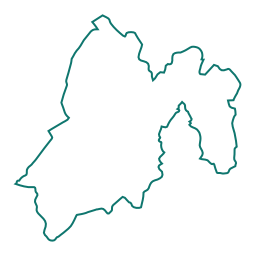 map outline of México (Albers equal-area conic projection)
{"feature_id": "MEX-2731", "entity_name": "México", "entity_type": "State", "adm_level": 1, "iso_a3": "MEX", "parent_name": "Mexico", "parent_adm1": "", "projection": "albers", "projection_center": [-99.447, 19.349], "detail": "fine", "context": "isolated", "style": "outline", "palette": "teal", "viewbox_px": 256, "rotation_deg": 0, "n_neighbors": 0, "source": "natural_earth", "source_scale": "10m", "svg_char_len": 5808}
<svg xmlns="http://www.w3.org/2000/svg" viewBox="0 0 256 256"><path d="M235.6,114.7L234.6,115.9L233.9,117.2L233.4,118.7L232.9,120.2L232.2,123.2L232.7,126.6L234.6,133.2L234.8,134.3L236.0,140.8L236.7,146.7L235.9,147.3L235.2,148.0L234.6,149.0L234.5,154.4L234.2,157.7L234.3,159.4L234.8,160.6L235.5,161.5L235.9,162.4L236.0,163.4L235.6,164.5L235.3,166.2L233.4,167.1L231.9,167.9L230.5,168.6L229.5,169.6L228.9,171.1L228.2,172.5L227.1,173.1L225.6,173.3L223.8,173.5L222.5,173.5L220.1,173.0L218.7,173.0L217.8,173.0L217.0,172.7L216.6,172.0L216.3,171.0L216.0,170.2L215.6,169.2L215.3,168.2L215.0,167.2L214.5,165.5L214.3,164.7L213.7,163.8L213.1,163.8L212.4,164.1L211.6,164.0L210.6,163.3L209.6,162.4L207.8,160.5L207.6,160.4L207.3,160.2L207.0,160.1L205.2,159.6L201.5,159.1L200.0,158.6L201.7,156.1L202.4,154.8L202.7,153.3L202.7,153.0L202.7,152.8L202.1,150.8L200.2,147.3L199.7,145.4L199.8,144.1L200.0,142.7L200.4,140.0L200.5,138.4L200.4,136.8L200.1,135.3L199.7,133.8L199.6,133.5L199.4,132.9L199.3,132.6L198.8,131.8L198.2,131.0L197.6,130.2L197.0,129.5L195.1,128.3L192.9,127.4L190.9,126.4L189.4,124.8L190.8,123.2L190.4,122.5L190.0,122.0L189.5,121.6L190.7,120.8L191.4,119.9L191.6,118.9L190.9,117.8L190.2,116.2L189.9,115.8L189.2,114.4L188.7,113.6L188.3,112.6L188.0,111.7L186.8,111.0L185.9,110.1L185.3,108.8L185.1,107.1L185.0,106.9L185.0,106.6L185.1,106.3L185.0,105.3L184.6,104.4L183.9,103.6L183.1,103.0L182.1,102.0L181.5,102.8L180.9,103.4L180.3,104.1L179.6,104.7L178.7,105.7L178.7,106.9L178.7,108.0L177.5,109.0L178.8,109.6L179.3,110.4L178.9,111.4L177.8,112.1L177.1,112.3L176.4,112.6L175.9,113.0L175.4,113.6L173.8,116.1L172.4,117.9L170.9,119.7L169.6,121.6L168.5,123.6L168.0,124.7L167.1,126.7L165.6,127.3L163.7,127.0L161.6,126.5L161.0,129.0L159.9,131.6L159.0,134.2L159.4,136.4L159.8,136.8L160.1,137.2L160.2,137.6L160.0,138.1L159.2,139.1L158.8,140.2L159.1,141.1L160.1,141.8L160.7,141.9L161.1,142.1L161.3,142.4L161.4,142.9L161.1,145.2L161.3,147.3L161.9,149.3L162.9,151.1L163.2,151.5L163.5,151.8L163.9,152.1L164.3,152.4L163.5,153.6L162.4,154.7L161.3,155.8L160.2,156.8L159.1,158.7L159.5,160.4L160.6,162.1L162.0,163.6L160.3,164.6L159.0,165.6L158.5,167.0L159.4,169.2L162.0,171.7L162.5,174.8L161.8,176.8L160.1,178.2L157.6,179.5L156.3,179.9L155.0,180.3L153.8,180.8L152.6,181.4L151.2,182.7L150.1,184.5L149.3,186.5L148.6,188.4L147.5,189.8L146.0,190.7L144.5,191.5L143.5,192.6L143.5,193.3L143.3,196.6L142.7,200.1L141.9,203.5L141.1,207.0L141.0,207.3L139.1,207.9L136.4,207.9L133.8,207.2L132.2,206.0L131.2,203.6L130.4,202.7L129.0,202.3L127.0,200.2L124.9,197.8L122.6,196.9L120.0,199.1L117.9,201.0L114.8,203.7L113.8,204.5L113.0,205.3L112.2,206.5L112.0,208.0L112.0,209.3L111.8,210.5L110.6,211.8L108.8,213.5L107.5,213.4L106.3,212.1L105.0,210.4L103.3,209.0L101.6,208.6L99.7,208.9L97.3,209.4L96.7,209.4L96.1,209.6L95.5,209.8L94.9,210.0L92.6,210.7L90.3,211.4L88.0,212.1L85.8,213.0L83.6,213.6L81.4,214.1L79.1,214.5L76.9,214.9L76.6,215.2L76.4,215.6L76.1,216.1L75.9,216.6L74.3,220.0L72.7,223.1L70.8,226.1L68.3,228.7L65.8,230.8L63.4,232.8L60.9,234.7L58.4,236.7L57.0,237.2L56.1,238.2L55.3,239.4L54.1,240.3L52.7,240.6L51.0,240.5L49.5,240.0L48.3,239.0L46.8,236.9L45.9,235.9L45.0,235.1L43.9,232.8L44.5,229.9L45.6,226.7L45.9,223.8L45.1,221.1L43.5,218.8L39.5,214.7L38.6,213.8L37.7,212.7L37.0,211.5L36.6,210.2L36.7,208.7L36.9,207.3L36.8,206.0L36.1,204.5L35.0,201.9L35.2,199.7L36.2,197.6L37.4,195.3L37.3,193.9L36.6,192.9L35.9,192.1L35.5,190.9L35.4,189.0L35.1,187.8L34.3,187.2L32.7,187.1L28.3,187.1L24.1,186.4L19.9,185.3L15.6,183.9L16.5,183.2L16.7,182.4L16.9,181.5L17.5,180.8L18.2,180.6L18.8,180.7L19.3,180.6L19.9,179.6L20.8,178.4L22.2,177.1L23.7,176.1L25.0,175.6L26.4,174.7L26.8,173.2L26.8,171.5L26.9,169.9L27.6,168.4L28.8,166.9L30.3,165.7L31.6,164.6L32.7,163.2L35.1,160.5L36.2,159.1L44.4,148.1L50.1,140.8L51.1,139.6L51.9,138.5L52.2,137.4L51.6,136.1L48.5,131.0L51.5,129.1L63.0,122.3L64.9,121.3L67.5,119.7L68.9,117.8L67.1,116.1L65.8,114.5L64.8,112.5L63.4,108.2L62.1,104.7L61.7,103.6L61.4,102.6L63.7,94.5L65.0,90.8L66.9,85.5L67.0,84.3L66.6,83.0L66.2,81.6L66.3,80.1L68.5,72.6L70.6,64.8L71.0,63.3L71.3,61.8L71.7,58.8L72.8,57.0L73.8,55.2L74.8,53.3L76.0,51.6L76.6,50.7L78.8,48.2L80.6,45.6L83.8,40.2L88.8,34.0L90.8,31.5L92.6,30.1L94.6,29.4L97.7,29.3L96.4,27.3L95.1,25.5L93.7,23.7L92.3,22.0L102.6,15.4L106.4,17.3L108.4,18.5L109.4,19.8L110.0,21.8L110.4,22.7L111.0,23.7L113.6,26.9L116.7,30.1L119.9,33.0L123.1,35.7L124.9,36.5L125.6,35.7L126.0,34.2L126.7,33.0L128.5,32.3L131.1,32.1L133.7,32.4L135.2,33.2L135.7,34.4L136.4,35.6L137.1,36.8L137.8,38.0L142.1,44.5L141.5,47.1L140.7,49.3L139.9,51.5L139.1,53.9L138.5,57.2L139.2,59.3L141.0,60.5L143.8,61.3L146.3,62.2L148.1,63.7L148.8,66.0L148.6,69.0L148.8,70.1L149.3,70.8L150.0,71.3L151.0,71.9L151.6,72.7L151.9,73.9L151.9,76.5L153.0,80.3L155.0,78.4L157.5,74.4L160.3,72.2L164.0,72.6L165.2,69.5L165.8,65.7L167.9,64.0L169.0,64.3L170.1,64.2L171.1,63.8L171.8,62.9L172.3,60.7L172.3,58.3L172.5,56.1L173.4,54.1L175.1,53.1L176.8,52.7L178.7,52.5L180.6,52.5L183.0,51.5L185.5,50.3L187.9,48.9L190.2,47.5L191.9,46.8L193.7,46.7L195.6,47.0L197.4,47.5L198.0,47.8L198.5,48.1L199.1,48.5L199.6,48.9L200.6,50.1L201.4,51.3L202.0,52.7L202.3,54.3L202.4,55.6L202.3,56.9L202.0,58.2L201.5,59.4L202.0,59.5L203.0,59.7L203.5,59.7L201.6,63.9L200.8,66.1L200.3,68.4L200.0,69.4L199.7,70.4L199.5,71.5L199.5,72.6L199.6,73.0L199.8,73.4L200.0,73.7L200.3,74.1L205.1,74.6L209.7,69.6L214.0,64.9L217.8,66.2L219.7,68.9L221.6,70.2L223.9,70.3L226.9,69.4L228.1,68.9L229.1,69.1L230.1,69.8L230.9,70.8L234.2,74.3L234.8,74.9L235.3,75.6L235.7,76.2L236.2,76.9L238.4,80.3L239.4,81.9L240.1,83.1L240.4,84.2L240.3,85.6L239.9,87.0L239.2,88.5L238.4,89.9L237.8,91.3L237.0,93.4L235.8,95.4L234.7,97.4L233.7,99.5L233.5,100.2L232.1,100.3L229.4,100.4L228.0,100.5L228.9,104.2L229.7,106.4L231.5,107.7L234.9,108.6L235.2,110.1L235.4,111.6L235.6,114.7Z" fill="none" stroke="#0f766e" stroke-width="2"/></svg>